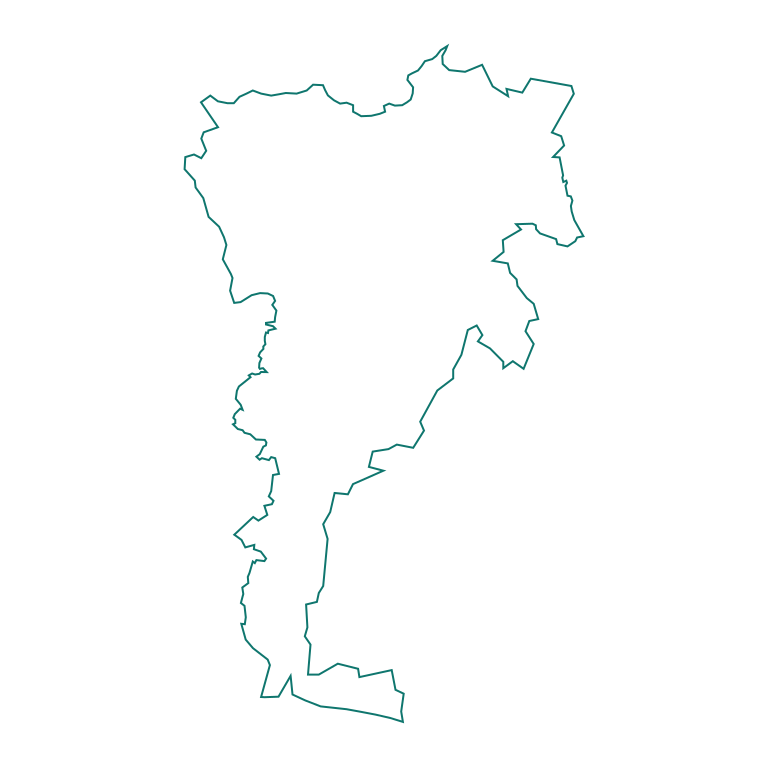 outline of Kokkina, Nicosia, Cyprus
{"feature_id": "46923920B39759064245656", "entity_name": "Kokkina", "entity_type": "district", "adm_level": 2, "iso_a3": "CYP", "parent_name": "Cyprus", "parent_adm1": "Nicosia", "projection": "mercator", "projection_center": [32.601, 35.162], "detail": "fine", "context": "isolated", "style": "outline", "palette": "teal", "viewbox_px": 768, "rotation_deg": 0, "n_neighbors": 0, "source": "geoboundaries", "source_scale": "gbopen_adm2", "svg_char_len": 3423}
<svg xmlns="http://www.w3.org/2000/svg" viewBox="0 0 768 768"><path d="M264.5,697.2L278.5,696.7L290.6,675.9L290.9,678.6L292.5,694.5L305.2,700.4L320.6,706.4L346.5,709.2L360.8,711.8L375.5,714.6L390.3,718.0L402.9,721.9L401.2,711.5L403.7,693.7L395.5,689.8L391.7,670.1L359.4,677.1L358.1,668.8L337.8,663.7L318.8,674.6L308.0,674.6L310.5,644.6L304.8,636.3L307.4,627.4L306.1,604.5L316.9,601.9L318.8,593.0L323.2,586.0L327.6,538.9L323.2,524.2L330.2,512.1L334.6,493.0L347.9,494.3L353.0,484.1L383.4,470.7L368.9,466.9L372.7,451.6L388.5,449.1L396.8,444.6L413.2,447.8L424.0,430.6L420.2,421.7L437.3,390.5L453.2,378.4L453.2,369.5L461.4,354.8L467.8,330.0L476.7,325.5L482.4,335.1L477.9,341.4L490.0,348.4L503.3,361.8L503.3,368.2L512.8,361.2L523.6,368.8L533.7,344.0L525.5,331.2L529.3,321.0L538.2,319.1L533.7,303.8L526.8,298.1L517.5,285.9L516.6,279.4L510.1,272.9L507.8,263.4L492.7,260.8L503.6,251.9L502.8,240.2L521.0,229.5L516.1,224.2L532.5,223.7L535.8,225.3L536.1,229.2L540.0,233.4L556.1,239.1L557.4,244.1L567.5,246.4L575.3,241.2L577.1,237.5L583.4,236.2L574.3,220.1L571.7,211.5L570.9,206.0L572.4,200.6L570.8,196.4L567.5,195.7L565.5,185.7L567.0,182.9L566.3,180.7L563.3,182.0L562.3,177.7L563.1,175.4L559.6,157.4L553.1,157.0L564.1,145.5L561.2,136.2L551.9,132.5L573.8,93.8L571.4,86.0L530.8,78.7L522.3,92.6L506.5,88.9L508.1,96.2L492.7,86.4L482.1,64.8L465.1,71.8L449.2,70.1L442.7,64.0L442.3,55.9L445.6,50.2L447.2,46.1L440.7,50.2L436.3,55.9L432.2,59.1L424.9,61.2L421.6,66.1L418.0,70.5L411.9,73.4L408.3,75.4L407.4,79.9L413.1,87.3L412.7,93.4L410.7,99.5L407.0,102.3L402.2,105.2L394.9,105.6L389.2,103.6L383.9,106.0L385.1,111.7L379.8,113.8L371.3,115.8L361.2,116.2L357.1,113.8L353.1,111.7L353.1,105.2L346.6,102.7L340.1,103.6L334.0,100.3L327.9,95.4L325.1,90.1L323.0,85.2L313.1,84.7L306.7,90.5L296.6,93.6L285.8,93.0L278.8,94.3L271.2,95.6L261.1,93.6L252.8,90.5L246.5,93.6L239.5,96.8L233.8,103.2L227.5,103.2L217.9,101.3L210.3,95.6L201.0,102.3L218.0,127.2L203.7,132.3L201.3,138.6L206.2,150.8L201.3,158.2L194.0,154.5L185.3,157.1L184.6,169.2L194.8,180.6L195.6,187.5L203.3,198.1L208.6,216.9L219.1,226.7L224.0,237.3L226.4,245.0L222.8,259.3L230.9,274.0L232.5,278.0L230.1,290.7L234.2,302.9L240.6,302.1L251.6,295.2L260.1,293.1L267.8,293.5L273.1,296.0L275.1,300.9L272.3,304.9L276.4,310.6L275.1,317.2L274.7,321.7L266.0,322.9L266.0,324.5L273.0,326.2L275.5,328.7L268.4,330.4L268.0,333.0L266.0,332.5L264.8,337.0L264.8,340.8L265.4,344.2L263.3,346.5L263.4,348.9L260.1,352.4L258.6,355.9L261.4,358.5L259.4,363.0L259.1,367.7L259.9,368.9L261.5,368.4L263.1,368.2L266.7,372.1L261.0,372.0L259.4,373.8L255.1,374.5L252.1,373.5L248.8,375.4L250.5,377.2L238.9,386.5L236.9,390.8L235.8,398.8L240.7,404.8L242.6,409.8L240.1,408.7L234.8,414.1L233.3,417.8L235.3,419.8L235.3,423.2L233.0,424.3L237.8,429.0L242.6,430.2L244.5,432.8L250.3,434.3L255.9,439.5L264.8,439.9L266.4,442.5L265.9,445.4L263.3,446.7L259.8,454.1L256.4,456.7L259.6,459.7L261.9,458.2L268.9,460.1L271.2,457.1L275.2,458.2L279.0,473.9L273.0,475.0L271.2,491.1L268.8,496.4L273.5,500.8L271.9,504.2L264.4,505.8L267.3,514.9L258.4,520.6L253.2,517.0L234.3,534.7L241.5,539.9L245.3,547.4L254.3,544.9L253.9,549.2L260.8,551.6L266.1,558.6L264.4,561.1L256.4,560.1L254.8,563.1L252.8,561.5L249.5,572.9L247.8,576.9L248.3,583.1L242.3,587.5L243.3,594.0L242.6,596.5L240.9,603.0L244.5,605.8L245.8,617.3L244.8,624.2L241.3,623.8L245.7,639.6L253.0,648.2L267.7,659.6L269.9,665.1L261.1,697.0L264.5,697.2Z" fill="none" stroke="#0f766e" stroke-width="2"/></svg>